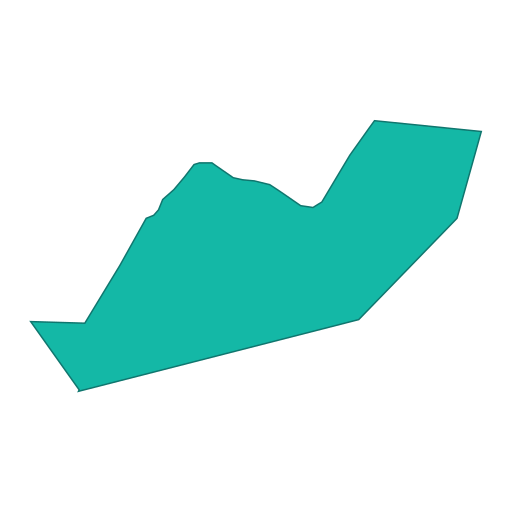 La Haut, Praslin, Saint Lucia (Albers equal-area conic projection)
{"feature_id": "8701671B44259561788806", "entity_name": "La Haut", "entity_type": "district", "adm_level": 2, "iso_a3": "LCA", "parent_name": "Saint Lucia", "parent_adm1": "Praslin", "projection": "albers", "projection_center": [-60.907, 13.859], "detail": "fine", "context": "isolated", "style": "filled", "palette": "teal", "viewbox_px": 512, "rotation_deg": 0, "n_neighbors": 0, "source": "geoboundaries", "source_scale": "gbopen_adm2", "svg_char_len": 583}
<svg xmlns="http://www.w3.org/2000/svg" viewBox="0 0 512 512"><path d="M78.5,391.3L358.7,319.6L457.0,218.3L481.3,131.5L451.5,128.5L374.5,120.7L369.4,127.7L349.9,155.1L335.9,178.5L321.8,202.1L318.1,204.3L313.0,207.5L307.0,206.6L300.7,205.7L279.8,191.3L277.7,189.9L269.8,184.7L254.4,180.9L242.7,179.8L233.2,177.7L222.1,170.0L215.9,165.7L212.0,162.9L199.3,162.9L197.2,163.6L195.4,164.1L194.0,164.6L184.4,177.1L173.8,189.7L162.7,199.5L158.5,209.9L153.7,215.3L146.2,218.3L119.9,265.4L84.8,323.2L30.7,321.6L79.2,389.9L78.5,391.3Z" fill="#14b8a6" stroke="#0f766e" stroke-width="1.5"/></svg>